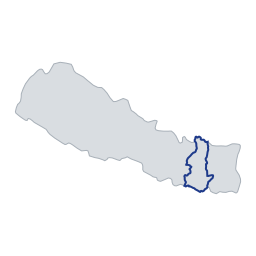 Nepal, with Sagarmatha highlighted
{"feature_id": "NPL-1133", "entity_name": "Sagarmatha", "entity_type": "Administrative Zone", "adm_level": 1, "iso_a3": "NPL", "parent_name": "Nepal", "parent_adm1": "", "projection": "robinson", "projection_center": [86.603, 27.261], "detail": "fine", "context": "in_parent", "style": "outline", "palette": "blue", "viewbox_px": 256, "rotation_deg": 0, "n_neighbors": 0, "source": "natural_earth", "source_scale": "10m", "svg_char_len": 5199}
<svg xmlns="http://www.w3.org/2000/svg" viewBox="0 0 256 256"><path d="M239.1,144.4L240.2,145.3L240.3,146.8L240.1,148.4L239.0,151.9L237.9,154.3L236.7,159.5L235.7,168.4L235.9,170.0L239.2,175.2L240.5,179.1L240.6,181.8L239.3,186.3L237.7,191.4L236.9,192.6L236.0,193.0L232.0,191.2L229.1,191.4L225.9,192.4L222.6,192.2L219.8,191.6L216.3,193.7L212.9,192.6L210.7,191.3L209.3,187.8L208.7,187.3L201.6,191.0L199.9,191.2L195.5,189.3L191.9,187.3L190.5,186.7L187.1,185.9L183.9,185.5L180.5,184.3L176.3,185.9L174.6,185.7L173.0,184.6L172.1,182.2L171.9,179.9L170.5,178.4L168.3,178.0L165.2,179.4L160.6,181.3L159.1,181.0L157.8,180.4L157.3,179.9L156.7,177.8L155.9,177.4L154.9,177.3L153.0,176.8L150.7,175.2L143.7,171.5L142.8,169.8L142.8,166.2L142.5,164.7L141.6,163.1L138.0,161.5L131.0,158.9L127.2,156.8L125.3,157.8L121.8,158.6L119.9,160.5L117.6,159.9L112.2,157.9L109.2,157.6L107.5,158.3L107.1,159.4L104.8,160.7L102.7,159.7L98.6,158.3L94.9,157.6L89.4,155.9L88.8,153.4L87.9,150.8L86.5,150.4L81.6,150.9L77.0,148.1L72.2,144.6L70.1,143.4L68.7,143.0L67.6,143.5L66.2,144.3L65.0,144.5L62.3,143.0L59.0,140.8L54.9,138.2L50.0,134.4L48.1,132.3L47.2,130.8L46.1,129.3L41.9,126.8L38.6,124.9L34.6,122.6L33.9,122.1L32.4,120.7L30.1,119.0L28.2,118.5L27.6,119.5L27.1,120.5L25.4,120.2L22.8,118.5L20.1,116.6L18.0,114.9L15.9,113.1L15.4,111.8L16.3,107.8L17.7,104.3L18.8,103.5L20.5,101.2L21.2,97.2L21.3,93.8L23.1,88.9L25.5,83.8L29.6,78.2L31.4,76.4L33.4,75.1L37.2,71.1L38.0,70.4L39.7,69.3L41.3,69.1L42.5,69.6L43.7,71.7L45.2,73.8L47.1,73.7L49.3,71.9L53.9,63.9L60.1,62.3L66.0,63.1L71.2,64.3L72.7,67.0L73.6,69.8L74.3,71.2L75.9,72.9L83.3,76.9L87.5,80.5L93.4,85.3L97.8,87.4L101.7,87.6L103.9,89.5L107.2,93.3L109.9,97.6L113.4,101.6L115.9,101.5L119.2,100.2L123.2,98.5L125.6,99.3L127.8,100.4L128.5,102.5L129.8,106.4L131.3,110.5L133.6,111.9L136.3,114.0L137.8,115.6L142.9,118.7L143.7,119.9L144.7,120.8L145.9,121.3L147.0,121.9L148.6,122.1L154.6,120.3L156.1,120.5L157.0,120.9L157.1,121.5L156.0,124.4L155.1,128.1L156.0,129.9L158.5,130.7L164.0,131.2L171.4,131.1L173.7,133.0L175.9,135.8L178.2,140.5L179.1,142.5L180.2,143.1L182.2,142.3L182.5,140.4L182.6,137.5L184.2,136.5L185.2,137.2L186.4,139.5L189.5,141.5L191.7,142.5L193.9,142.2L194.7,141.4L195.8,137.4L197.5,136.8L199.6,137.1L200.4,137.9L201.2,139.5L203.8,140.2L206.3,141.2L208.7,142.5L212.1,145.5L216.3,146.0L221.1,145.9L223.6,146.0L225.5,146.2L227.2,146.0L232.1,143.9L234.2,143.8L236.7,144.0L239.1,144.4Z" fill="#d9dde1" stroke="#a8b0b8" stroke-width="1"/><path d="M198.8,136.7L199.3,136.7L199.8,137.0L200.3,137.3L200.7,137.7L200.8,138.1L200.7,139.1L200.9,139.5L201.8,139.8L203.7,139.7L204.5,140.4L204.8,141.2L205.2,141.7L205.8,142.0L206.5,142.1L207.4,141.9L207.7,141.8L207.6,143.9L207.9,145.4L208.1,146.0L208.2,146.3L208.2,146.5L208.0,147.2L208.0,147.9L208.2,149.3L208.2,149.7L208.2,150.0L207.6,151.9L207.1,155.2L207.0,155.7L206.7,157.0L206.6,157.3L206.3,157.7L205.8,158.3L205.7,158.5L205.6,159.0L205.9,160.2L207.0,162.2L207.1,162.7L207.1,163.1L207.0,163.4L206.9,163.6L206.7,163.7L206.4,163.8L206.2,163.9L206.1,164.1L206.0,164.6L206.1,166.1L206.1,166.7L205.9,168.6L206.0,169.1L206.1,169.5L206.6,170.1L206.9,170.5L207.1,170.9L207.3,175.9L208.2,176.0L211.5,175.2L212.5,175.2L213.0,175.4L213.1,176.0L213.0,176.6L212.9,176.9L212.7,177.6L212.7,177.8L212.5,178.1L212.1,178.5L211.4,179.0L209.4,181.2L208.8,181.4L208.3,181.9L207.7,184.6L207.3,185.3L207.2,185.7L207.2,186.0L207.3,186.3L207.4,186.6L207.4,187.0L207.3,187.3L207.1,187.6L206.5,188.2L206.4,188.5L205.6,188.8L204.8,189.3L204.5,190.0L203.9,190.7L203.3,191.1L202.5,191.4L202.3,191.3L201.3,190.9L200.9,191.0L200.7,191.3L200.5,191.7L200.2,191.9L199.7,191.8L197.8,190.6L195.9,189.6L195.3,189.3L194.9,188.8L194.6,188.5L194.1,188.2L193.6,188.1L192.7,187.7L191.0,186.8L190.2,186.4L189.9,186.4L189.3,186.5L189.1,186.5L188.9,186.3L188.9,185.8L188.7,185.6L188.3,185.5L187.7,185.6L186.6,186.0L186.0,186.4L185.8,186.4L185.5,186.4L185.3,186.2L185.2,186.1L184.6,185.8L184.4,185.8L184.4,185.7L185.7,182.8L185.8,182.5L185.9,182.2L185.8,181.8L185.6,181.5L185.1,180.7L184.9,180.3L184.8,180.0L184.8,179.6L184.7,179.3L184.7,177.7L184.7,177.2L184.4,176.6L184.4,176.4L184.4,176.2L184.5,175.9L184.6,175.7L185.0,175.2L185.5,175.1L186.2,175.4L186.6,175.5L186.8,175.6L187.5,175.3L188.3,174.1L189.1,173.6L190.2,173.2L190.4,172.9L190.5,172.4L190.5,171.5L190.3,170.5L190.0,169.7L189.9,169.5L189.8,169.4L189.6,169.3L189.5,169.1L189.6,168.9L190.3,168.2L191.2,167.2L191.3,166.9L191.3,166.7L191.1,166.6L190.3,166.1L190.1,166.0L189.9,165.7L189.8,165.4L189.5,165.3L189.1,165.1L188.2,164.9L186.6,164.9L186.2,164.8L186.2,164.6L186.9,163.3L187.0,162.8L187.1,162.4L187.1,162.1L186.8,161.4L186.8,161.1L186.8,160.9L186.8,160.6L187.1,159.9L187.6,158.7L188.0,158.1L190.5,155.7L191.9,154.0L192.3,153.7L193.2,152.8L193.4,152.7L193.6,152.6L194.2,152.5L194.9,152.2L195.2,152.0L195.6,151.5L195.8,150.9L196.1,149.9L196.3,149.4L196.5,149.1L196.7,148.9L196.8,148.5L196.7,148.0L196.7,147.3L196.4,146.4L196.3,144.7L196.3,143.8L196.1,143.0L195.3,141.7L194.7,141.1L194.7,140.4L194.7,139.8L194.9,139.4L195.1,139.1L195.3,138.7L195.4,138.2L195.4,137.6L195.5,137.2L195.8,136.8L196.2,136.7L196.6,137.0L197.0,137.4L197.4,137.6L197.8,137.5L198.4,136.9L198.8,136.7Z" fill="none" stroke="#1e3a8a" stroke-width="2"/></svg>